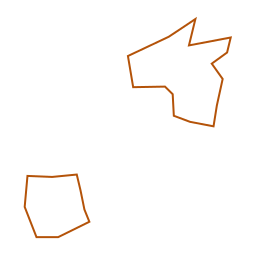 the state/province of Vaduz, rotated 87°
{"feature_id": "LIE-4895", "entity_name": "Vaduz", "entity_type": "state/province", "adm_level": 1, "iso_a3": "LIE", "parent_name": "Liechtenstein", "parent_adm1": "", "projection": "natural_earth1", "projection_center": [9.545, 47.128], "detail": "fine", "context": "isolated", "style": "outline", "palette": "amber", "viewbox_px": 256, "rotation_deg": 87, "n_neighbors": 0, "source": "natural_earth", "source_scale": "10m", "svg_char_len": 453}
<svg xmlns="http://www.w3.org/2000/svg" viewBox="0 0 256 256"><g transform="rotate(87 128 128)"><path d="M56.1,124.3L39.0,82.5L22.7,55.0L48.7,62.8L43.0,20.7L57.8,25.1L68.1,41.0L84.0,30.9L110.2,38.1L130.8,42.5L125.1,65.7L118.2,81.6L96.6,81.6L88.6,88.9L87.5,120.7L56.1,124.3ZM170.6,230.9L172.9,206.3L171.8,181.6L187.7,178.7L207.1,175.8L219.6,171.5L233.3,203.4L232.2,225.1L201.4,235.3L170.6,230.9Z" fill="none" stroke="#b45309" stroke-width="2"/></g></svg>